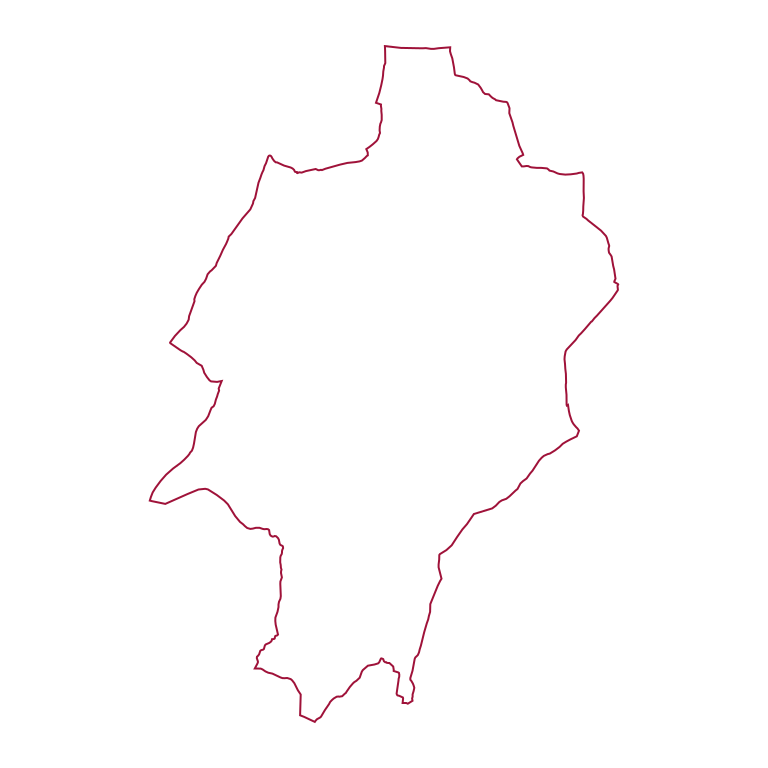 the district of Soracá, Boyacá, Colombia
{"feature_id": "7082276B41688311282936", "entity_name": "Soracá", "entity_type": "district", "adm_level": 2, "iso_a3": "COL", "parent_name": "Colombia", "parent_adm1": "Boyacá", "projection": "natural_earth1", "projection_center": [-73.319, 5.492], "detail": "fine", "context": "isolated", "style": "outline", "palette": "rose", "viewbox_px": 768, "rotation_deg": 0, "n_neighbors": 0, "source": "geoboundaries", "source_scale": "gbopen_adm2", "svg_char_len": 6087}
<svg xmlns="http://www.w3.org/2000/svg" viewBox="0 0 768 768"><path d="M450.2,47.3L438.7,48.2L433.7,48.9L431.2,48.9L425.9,48.1L422.4,48.3L400.9,47.9L384.9,46.1L385.1,50.3L385.3,63.1L384.0,66.1L384.0,67.5L383.3,71.4L383.0,75.7L382.5,79.1L381.2,85.4L379.3,93.0L376.0,102.8L381.0,104.5L380.9,105.8L381.4,108.9L381.3,110.9L381.7,114.9L381.7,120.0L381.0,122.4L380.4,123.6L379.8,126.6L379.6,130.4L380.0,133.0L379.2,134.7L378.6,137.0L377.9,139.0L376.5,141.0L372.8,144.3L369.5,146.9L366.3,149.1L367.7,152.4L367.8,155.4L366.8,156.0L364.9,158.0L361.9,160.6L359.5,161.4L355.4,162.1L347.5,162.9L340.1,164.6L325.5,168.7L321.9,170.1L321.0,169.8L319.4,170.2L318.2,170.2L315.7,169.0L305.9,171.1L301.7,172.6L299.2,172.3L297.5,173.1L297.2,173.0L297.3,172.5L297.1,172.1L295.2,171.9L294.5,170.9L294.1,169.9L292.6,168.5L290.7,167.5L284.1,165.6L277.1,162.4L275.7,162.3L274.1,160.9L272.4,158.5L271.5,156.7L270.8,155.9L269.9,155.5L268.9,155.8L268.2,156.7L266.0,163.3L264.6,166.0L263.4,170.3L262.6,171.8L261.5,174.4L260.3,178.0L258.5,182.7L255.1,198.0L253.4,201.1L253.0,203.5L250.3,209.4L242.5,218.4L231.3,234.1L228.7,236.6L228.3,238.6L227.3,241.1L226.1,243.9L222.9,249.8L220.3,255.7L216.7,263.0L215.9,265.8L211.6,270.3L210.1,271.4L207.6,274.3L206.1,278.7L204.5,281.8L201.8,284.7L198.9,289.1L196.7,292.9L195.4,295.9L194.3,299.2L194.5,301.2L189.1,316.2L188.7,319.6L188.0,321.0L186.6,323.6L184.0,326.9L180.3,330.2L174.9,336.0L170.1,342.5L170.3,343.2L180.6,350.3L182.9,351.6L183.5,351.7L186.5,353.7L191.3,357.3L194.7,360.4L196.7,362.9L201.7,365.8L203.4,369.8L204.2,372.7L206.9,377.0L209.5,380.3L211.1,381.4L217.1,381.9L221.7,381.0L218.7,388.5L219.1,390.6L217.8,394.0L217.1,396.5L215.9,399.6L214.8,403.9L213.6,406.3L211.6,407.7L210.7,409.7L208.2,416.2L205.8,419.9L198.8,426.2L197.2,428.7L195.9,432.0L194.0,443.5L193.1,447.6L191.9,450.7L190.1,452.6L189.4,454.0L187.9,455.9L184.2,459.7L180.3,463.2L173.1,468.5L166.1,474.7L160.6,481.0L155.7,487.6L152.7,492.4L150.9,497.0L149.8,500.6L151.7,501.1L165.3,503.9L187.6,494.0L198.5,489.5L205.2,488.8L207.9,489.4L216.8,495.0L224.1,500.5L227.9,504.3L235.2,516.1L240.0,521.9L243.0,524.2L244.9,526.1L247.2,528.0L250.3,528.9L252.8,528.6L255.9,527.8L259.5,527.8L262.7,528.9L264.2,529.2L266.8,529.0L268.2,529.3L269.1,530.1L269.7,534.0L270.6,535.6L272.4,536.6L273.7,536.5L274.7,536.0L276.2,536.3L278.1,538.2L278.9,539.8L279.6,543.6L280.4,544.9L282.6,546.0L283.0,546.9L283.1,548.2L282.4,549.6L282.0,551.1L282.0,552.6L281.7,554.1L280.7,555.8L280.3,557.4L280.2,562.4L280.7,564.9L280.9,567.7L281.5,569.7L281.1,571.0L281.0,573.0L281.9,577.4L280.4,581.5L280.3,583.9L280.8,596.1L280.4,598.8L279.0,601.8L278.5,604.5L278.5,607.1L277.5,611.8L275.4,617.6L275.3,621.1L275.7,624.7L278.0,634.6L277.0,635.5L275.4,635.9L274.9,637.1L274.7,638.5L273.9,639.0L272.0,639.2L271.7,640.6L270.9,641.7L269.3,642.9L265.8,644.4L264.9,645.4L263.9,649.0L263.0,649.7L261.3,650.1L260.3,650.8L259.1,654.4L258.0,655.8L257.0,656.7L256.8,658.1L257.9,661.4L257.9,662.3L257.5,663.4L254.8,668.5L260.7,668.6L262.5,669.4L265.4,671.4L268.2,672.7L272.4,673.6L280.4,677.4L282.4,678.1L284.5,678.2L287.2,678.0L290.7,679.1L292.1,680.3L294.3,683.1L297.9,690.3L300.7,694.5L300.1,715.3L304.2,716.9L314.8,721.9L315.6,720.7L317.0,719.2L320.1,717.5L321.0,716.7L324.9,710.1L329.1,704.0L330.1,702.0L332.0,700.0L333.7,698.5L336.7,696.7L338.5,696.5L339.2,696.7L342.2,696.2L344.8,693.7L345.8,693.0L346.7,691.5L349.9,686.9L353.0,683.3L354.3,682.1L356.4,680.8L359.7,677.7L361.8,671.7L362.8,670.1L367.9,665.7L374.5,664.5L378.1,663.4L379.2,662.3L380.9,658.6L381.6,658.4L383.2,659.1L383.9,661.2L385.3,662.3L386.1,662.2L386.8,662.8L388.1,663.0L389.4,663.0L393.2,666.5L393.7,669.5L393.7,671.0L398.2,672.4L398.9,672.8L399.3,674.7L399.2,676.8L398.6,678.9L398.5,680.5L396.6,693.6L396.9,694.6L397.5,695.4L399.2,695.8L402.9,697.5L403.1,698.5L402.6,703.0L406.3,703.0L407.8,703.7L412.5,700.8L412.1,698.4L412.6,696.8L412.6,694.4L413.6,691.1L414.3,687.8L413.6,685.4L412.9,683.6L411.4,681.0L410.4,679.8L410.3,678.9L410.4,677.8L412.5,670.8L414.7,658.9L415.3,657.5L417.8,655.1L419.0,652.4L419.7,649.4L420.9,645.6L424.2,632.2L426.8,623.3L428.2,619.4L428.9,616.0L430.1,611.9L430.3,604.1L437.7,585.9L440.1,581.0L441.5,578.7L438.6,567.3L438.6,564.5L439.2,559.5L439.3,555.0L439.9,554.1L446.4,550.1L451.7,545.3L457.1,537.0L462.4,529.4L467.0,524.1L473.9,514.0L492.2,508.4L495.8,505.7L499.3,502.0L501.8,500.4L506.3,498.8L509.5,496.3L515.5,490.6L517.5,489.0L520.4,483.5L523.0,481.1L526.6,478.5L530.1,473.5L532.5,470.7L539.0,460.7L541.7,457.7L543.8,455.9L547.7,454.1L549.8,453.6L555.0,450.4L559.6,446.9L562.7,443.8L566.3,441.6L570.6,439.3L576.8,436.3L579.0,430.7L577.5,428.5L576.0,427.0L573.7,424.3L572.6,422.6L571.7,420.8L569.8,415.1L568.9,411.0L568.0,404.9L566.9,405.6L566.6,404.9L566.5,394.8L565.8,387.3L565.8,384.6L566.1,382.7L565.9,373.9L565.3,368.7L565.0,363.9L564.5,359.2L564.7,356.3L565.6,351.4L566.7,349.5L575.6,340.0L578.8,335.5L581.0,333.4L584.8,329.2L591.2,321.7L591.9,321.4L594.5,318.1L596.9,315.7L610.3,300.7L612.5,298.0L617.8,290.2L617.9,289.7L617.5,285.9L618.2,284.5L617.9,284.0L614.3,282.0L614.3,281.4L615.5,278.7L614.1,269.4L613.2,265.9L611.6,256.5L610.7,255.0L609.1,252.8L608.9,252.0L608.6,249.9L608.6,248.4L609.2,246.0L609.1,245.3L608.4,243.3L606.8,237.7L605.9,235.9L601.0,230.6L588.2,220.5L586.5,218.9L583.1,216.6L582.6,215.5L582.6,215.0L582.9,214.2L583.2,210.7L583.3,206.4L583.9,198.0L583.6,191.4L583.7,178.8L583.5,175.7L583.1,173.7L582.2,172.4L578.8,172.9L576.9,173.5L570.8,174.3L565.3,174.6L559.7,174.0L557.5,173.4L553.4,171.5L549.5,170.6L548.5,169.5L547.0,168.4L541.5,167.9L537.2,167.9L531.7,167.4L530.3,167.1L528.3,166.1L526.4,166.0L523.8,166.4L521.8,166.4L516.9,159.3L517.6,158.3L519.5,156.7L523.2,154.9L522.8,153.5L519.3,145.8L513.3,125.8L512.5,122.4L509.3,113.2L509.5,108.2L507.6,103.1L506.9,102.2L506.1,101.9L503.3,101.7L496.0,100.2L495.2,99.4L492.5,97.9L490.7,96.3L488.8,94.3L485.1,94.0L483.0,92.1L482.4,90.8L480.8,88.0L478.2,84.5L474.5,82.7L472.3,82.1L470.3,81.3L469.4,80.1L467.6,78.5L463.7,77.0L455.8,75.3L455.1,74.8L454.8,73.8L454.0,67.5L452.3,58.4L450.8,54.1L450.0,51.2L450.2,47.3Z" fill="none" stroke="#9f1239" stroke-width="2"/></svg>